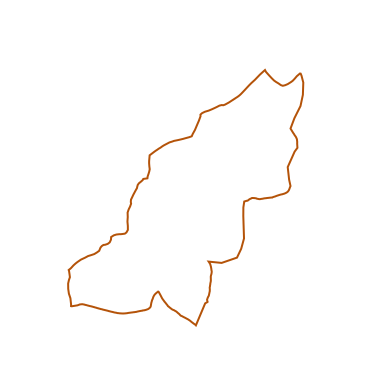 the district of Beausejour, Gros Islet, Saint Lucia, rotated 109°
{"feature_id": "8701671B92902112367309", "entity_name": "Beausejour", "entity_type": "district", "adm_level": 2, "iso_a3": "LCA", "parent_name": "Saint Lucia", "parent_adm1": "Gros Islet", "projection": "mercator", "projection_center": [-60.935, 14.076], "detail": "fine", "context": "isolated", "style": "outline", "palette": "amber", "viewbox_px": 384, "rotation_deg": 109, "n_neighbors": 0, "source": "geoboundaries", "source_scale": "gbopen_adm2", "svg_char_len": 5830}
<svg xmlns="http://www.w3.org/2000/svg" viewBox="0 0 384 384"><g transform="rotate(109 192 192)"><path d="M319.3,198.6L319.1,198.1L318.7,197.6L318.3,197.0L317.8,196.4L317.4,195.9L317.0,195.4L316.5,195.0L316.0,194.7L315.5,194.4L315.0,194.1L314.4,193.9L313.7,193.8L313.0,193.9L312.3,194.0L311.7,194.1L311.1,194.2L310.5,194.3L309.9,194.4L309.3,194.4L308.8,194.4L308.2,194.5L307.7,194.5L307.2,194.5L306.7,194.5L306.3,194.4L305.8,194.4L305.4,194.4L304.9,194.4L304.5,194.4L304.0,194.4L303.5,194.4L303.0,194.3L302.4,194.2L301.9,194.1L301.3,193.9L300.8,193.7L300.3,193.5L299.8,193.2L299.4,193.0L299.0,192.8L298.5,192.5L298.1,192.2L297.6,191.8L297.2,191.6L297.3,191.0L298.8,189.3L300.1,187.9L302.4,185.5L304.2,182.9L304.8,182.1L304.9,181.8L305.6,180.7L306.2,179.8L307.0,178.5L307.8,177.5L307.8,177.2L308.1,176.4L308.5,175.5L308.8,174.5L309.2,173.5L309.5,172.4L309.6,171.5L309.6,170.6L309.9,169.3L310.0,168.5L310.3,167.5L310.6,166.8L311.2,165.4L311.4,164.7L311.9,163.7L312.3,163.0L312.6,162.4L312.6,161.8L312.7,160.7L312.9,159.7L313.0,159.0L313.2,157.4L313.5,155.8L313.6,154.8L313.9,153.6L314.1,152.8L314.4,151.7L314.7,151.0L315.2,149.7L315.4,148.9L315.8,147.9L316.0,147.1L316.4,145.7L316.8,144.9L293.0,143.3L292.4,142.8L291.3,141.8L290.8,141.5L289.8,142.2L288.9,142.7L287.7,142.7L286.9,142.7L285.9,142.6L285.0,142.4L283.8,142.4L283.4,142.5L282.5,142.6L281.1,142.8L280.0,142.9L279.4,143.1L278.4,143.4L277.2,143.9L276.4,144.2L275.3,144.3L274.5,144.5L273.2,144.7L272.5,144.9L270.7,145.1L269.4,145.4L265.9,146.7L265.3,146.8L264.4,146.9L263.6,146.9L262.2,147.1L261.3,147.3L260.4,147.6L259.7,148.1L258.4,148.7L256.6,149.7L256.0,150.1L255.0,150.8L254.3,151.3L254.0,151.6L253.6,152.1L253.0,152.8L252.4,153.6L249.4,140.9L239.4,128.1L229.7,127.0L219.0,127.7L198.2,135.6L189.9,138.4L184.0,139.5L182.4,137.3L182.1,136.6L181.2,136.0L180.4,135.5L179.5,134.7L178.9,134.0L178.2,133.4L177.9,132.6L177.5,131.3L177.3,130.3L177.1,129.4L177.2,128.5L177.0,127.1L176.9,126.3L176.6,125.3L176.2,124.7L175.5,123.3L175.1,122.6L174.6,121.8L174.2,121.0L173.6,119.7L173.2,119.0L172.8,118.1L172.4,117.3L171.8,116.0L171.5,115.4L171.1,114.3L170.5,113.8L169.6,112.6L169.2,112.0L168.5,111.2L168.0,110.6L166.2,108.2L165.7,107.5L165.2,106.7L164.8,106.0L164.0,104.9L163.6,104.3L162.9,103.5L162.1,102.7L161.6,102.3L161.1,101.9L160.4,101.5L159.5,101.2L158.7,101.0L157.3,100.9L156.4,100.9L155.7,100.9L154.3,100.8L148.7,104.2L137.3,109.6L120.4,108.1L115.9,106.7L112.1,108.3L111.4,108.5L110.2,108.9L109.4,109.3L108.5,109.7L107.8,110.1L106.7,111.1L106.1,111.7L105.5,112.5L105.0,113.3L104.1,114.3L103.6,115.0L103.1,115.7L102.5,116.4L101.6,117.5L101.0,118.2L100.4,119.0L99.9,119.5L88.9,119.2L75.4,117.4L64.0,118.8L52.3,122.4L46.4,126.3L44.7,127.8L44.8,128.5L48.4,130.6L51.5,131.8L54.1,133.0L55.7,134.1L58.8,136.6L60.7,138.7L62.0,140.7L62.0,142.8L61.2,145.5L60.6,148.3L59.9,150.7L58.5,153.6L56.8,156.8L54.4,161.1L52.9,162.7L58.9,166.0L65.4,169.0L69.8,171.4L72.5,172.7L81.7,176.8L83.8,177.8L85.4,178.7L87.2,179.9L88.7,181.1L94.9,185.9L95.4,186.3L98.6,189.2L99.8,190.7L100.1,192.2L101.4,194.2L103.1,195.8L105.0,197.7L107.2,200.0L109.6,202.7L111.9,205.9L114.1,208.1L115.7,209.0L116.1,209.2L117.6,208.6L122.5,208.7L126.5,209.0L132.3,209.4L136.9,210.2L139.4,210.4L141.1,212.5L143.2,215.6L144.8,217.9L146.7,220.9L147.8,222.7L149.5,225.6L150.8,227.2L152.4,229.4L154.1,231.0L155.9,232.7L157.3,234.0L158.7,235.1L160.3,236.2L161.8,237.5L163.6,238.8L164.6,239.6L166.3,240.8L169.0,242.6L170.8,243.8L171.1,244.0L176.7,242.6L178.8,241.9L181.8,240.6L184.2,239.4L186.5,239.1L188.9,239.0L190.0,239.0L191.8,239.0L193.1,238.7L193.4,238.6L193.6,238.6L195.5,242.3L196.8,242.5L199.1,243.8L201.0,245.0L202.9,245.6L204.8,245.5L206.2,245.3L208.8,245.8L213.8,246.6L216.7,246.9L219.1,247.2L221.4,246.6L222.8,245.8L225.8,245.8L229.0,246.2L232.4,246.2L236.6,244.6L241.0,243.4L245.0,241.6L248.7,240.3L251.5,240.8L253.0,241.7L253.4,242.2L254.9,245.2L255.7,247.3L256.8,249.6L258.4,251.8L260.9,253.8L263.4,253.1L266.4,253.4L268.5,254.8L270.2,257.0L270.9,258.5L272.5,259.7L274.3,260.4L277.8,260.6L280.1,262.2L282.5,264.2L284.8,267.2L286.4,269.4L288.9,271.7L292.1,275.0L295.5,277.5L297.5,278.8L300.0,280.2L301.9,281.0L303.7,281.8L305.9,283.2L306.3,282.9L306.6,282.6L309.7,281.0L312.3,279.7L315.4,279.7L318.9,279.3L323.9,277.5L328.2,275.3L332.0,272.4L337.5,269.8L339.3,269.2L339.2,268.5L336.4,263.3L336.2,263.1L336.0,262.8L335.7,262.5L335.4,262.1L335.2,261.8L334.9,261.6L334.8,261.3L334.6,260.9L334.4,260.5L334.2,260.2L334.1,259.8L333.9,259.4L333.8,259.1L333.7,258.7L333.7,258.3L333.6,257.9L333.5,257.4L333.5,256.9L333.5,256.4L333.4,255.9L333.4,255.4L333.3,254.9L333.3,254.3L333.3,253.8L333.2,253.2L333.2,252.5L333.1,251.9L333.1,251.3L333.0,250.7L332.9,250.0L332.9,249.4L332.8,248.8L332.8,248.2L332.8,247.6L332.7,247.0L332.7,246.4L332.7,245.8L332.6,245.2L332.6,244.6L332.6,244.0L332.6,243.4L332.5,242.9L332.5,242.4L332.5,241.8L332.4,241.3L332.4,240.8L332.4,240.2L332.3,239.6L332.2,239.0L332.2,238.4L332.2,237.8L332.1,237.3L332.1,236.8L332.0,236.3L332.0,235.7L331.9,235.2L331.9,234.7L331.8,234.1L331.8,233.5L331.7,233.0L331.7,232.4L331.7,231.8L331.6,231.3L331.6,230.7L331.5,230.1L331.5,229.5L331.4,228.9L331.3,228.3L331.3,227.7L331.2,227.1L331.2,226.4L331.1,225.8L331.0,225.2L330.9,224.6L330.8,224.0L330.8,223.4L330.7,222.8L330.5,222.1L330.4,221.6L330.3,221.0L330.1,220.4L330.0,219.9L329.8,219.3L329.7,218.8L329.5,218.2L329.3,217.5L329.0,216.9L328.8,216.3L328.5,215.6L328.2,215.0L327.9,214.3L327.6,213.7L327.2,213.1L326.9,212.5L326.6,211.9L326.3,211.3L326.0,210.7L325.7,210.1L325.4,209.5L325.2,209.0L324.9,208.5L324.6,207.9L324.4,207.4L324.1,206.9L323.8,206.3L323.6,205.8L323.3,205.4L323.2,205.2L322.9,204.8L322.6,204.3L322.3,203.8L322.0,203.3L321.7,202.8L321.4,202.3L321.2,201.9L320.9,201.4L320.7,201.0L320.5,200.5L320.1,200.1L319.8,199.5L319.5,198.8L319.3,198.6Z" fill="none" stroke="#b45309" stroke-width="2"/></g></svg>